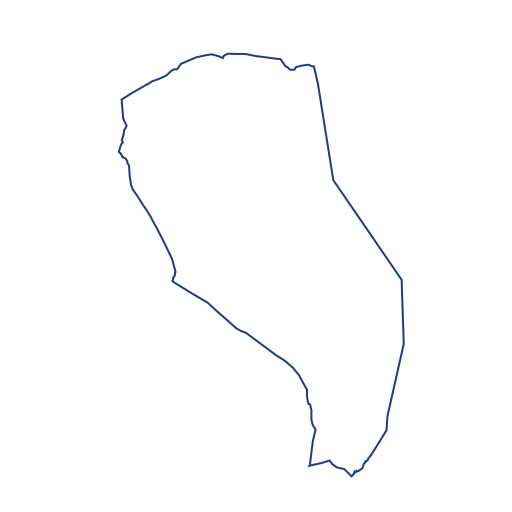 outline of San Juan Ñumí, Oaxaca, Mexico, rotated 191°
{"feature_id": "50627088B11336347088120", "entity_name": "San Juan Ñumí", "entity_type": "district", "adm_level": 2, "iso_a3": "MEX", "parent_name": "Mexico", "parent_adm1": "Oaxaca", "projection": "equal_earth", "projection_center": [-97.725, 17.437], "detail": "fine", "context": "isolated", "style": "outline", "palette": "blue", "viewbox_px": 512, "rotation_deg": 191, "n_neighbors": 0, "source": "geoboundaries", "source_scale": "gbopen_adm2", "svg_char_len": 2694}
<svg xmlns="http://www.w3.org/2000/svg" viewBox="0 0 512 512"><g transform="rotate(191 256 256)"><path d="M333.3,215.6L332.2,214.9L330.1,213.9L328.3,213.3L326.6,212.7L323.2,211.3L318.9,209.8L316.0,208.6L303.0,203.9L294.8,201.1L282.5,193.5L272.0,187.5L261.6,181.3L256.8,179.6L253.3,179.0L250.9,178.5L234.8,170.8L217.7,162.6L207.4,158.5L202.7,155.8L198.1,153.1L193.1,148.9L191.5,147.7L183.6,138.2L180.4,134.4L179.5,129.3L178.2,125.0L176.1,120.7L174.6,120.7L172.1,114.9L170.5,106.2L168.2,101.1L164.4,97.0L164.9,85.1L163.5,65.2L163.2,60.6L163.3,60.4L152.3,65.2L144.7,69.3L141.3,66.2L136.2,63.9L128.9,63.7L123.8,60.5L121.9,59.2L120.2,58.0L119.5,58.5L119.2,59.8L118.6,60.4L118.1,63.0L117.4,62.3L116.2,63.5L116.3,64.5L116.2,64.5L115.5,64.0L114.5,64.3L113.3,65.5L113.0,66.1L111.2,67.7L110.6,70.8L110.7,72.2L109.4,74.1L109.4,75.4L108.6,75.5L107.4,77.0L107.1,78.9L105.4,81.8L105.0,82.7L104.5,83.9L98.1,100.6L94.6,110.0L96.4,123.8L94.2,198.0L108.5,260.4L116.7,268.5L177.4,328.3L194.6,345.2L228.0,436.7L235.4,453.2L236.6,453.0L237.9,453.1L240.9,453.7L242.0,453.5L246.6,451.9L248.5,451.1L250.3,450.2L251.3,449.8L252.3,449.4L252.9,448.9L253.2,447.5L253.7,446.4L256.7,445.5L257.5,445.4L258.3,445.6L261.7,447.6L263.1,447.8L269.7,454.0L272.3,453.6L278.8,453.2L287.8,452.7L294.8,452.2L303.9,452.3L308.9,451.6L314.6,450.4L318.2,449.9L322.2,449.2L325.7,446.6L326.2,444.1L328.2,444.4L330.2,444.9L336.9,445.5L338.7,445.3L340.2,444.7L344.6,443.1L352.9,439.4L366.2,430.4L369.2,424.2L372.0,423.6L374.5,421.6L378.3,416.2L385.0,411.4L391.5,407.5L394.2,404.8L397.4,402.3L410.0,391.3L417.8,383.9L416.3,378.9L413.8,369.8L412.5,365.4L410.6,362.8L407.9,359.2L408.1,357.9L408.2,357.3L408.9,355.9L409.4,354.0L409.6,353.6L409.4,352.8L409.2,352.2L409.1,351.3L409.1,351.1L409.5,349.8L409.2,349.1L409.5,346.0L409.6,345.6L409.7,344.7L409.7,344.1L408.4,342.0L408.9,341.3L409.6,339.9L409.7,338.8L410.0,337.8L410.0,336.7L410.2,335.4L410.2,334.4L410.5,333.8L410.5,333.2L410.5,332.5L410.1,331.7L409.8,331.5L409.5,331.3L409.3,331.4L408.8,331.0L408.7,330.8L408.4,330.8L408.2,330.8L407.8,329.9L406.8,329.1L406.7,329.0L406.1,327.8L405.7,327.4L405.1,327.7L404.9,327.6L403.6,327.0L402.8,326.7L402.3,326.3L401.9,326.1L401.7,326.0L401.4,325.6L400.9,325.0L400.6,324.8L400.3,324.0L400.2,323.6L400.2,323.4L400.0,323.2L399.9,322.8L397.8,320.3L397.7,319.9L395.0,309.5L393.2,304.9L392.2,301.9L390.5,299.2L390.2,298.3L388.9,297.0L385.2,293.6L376.2,284.1L372.3,280.3L370.3,278.2L368.9,276.7L366.3,273.6L363.6,270.2L357.7,263.2L349.6,252.8L346.2,248.3L344.0,245.4L342.4,243.2L339.1,238.7L338.5,238.0L336.8,234.9L334.3,229.9L331.9,224.9L332.4,223.7L331.9,221.7L333.1,218.8L333.0,216.8L333.3,215.6Z" fill="none" stroke="#1e3a8a" stroke-width="2"/></g></svg>